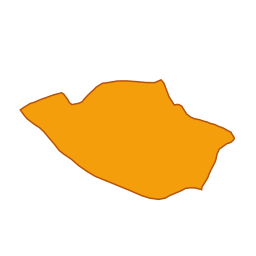 Akoko North West, Ondo, Nigeria (Mercator projection), rotated 38°
{"feature_id": "59680162B56866992006033", "entity_name": "Akoko North West", "entity_type": "district", "adm_level": 2, "iso_a3": "NGA", "parent_name": "Nigeria", "parent_adm1": "Ondo", "projection": "mercator", "projection_center": [5.79, 7.65], "detail": "fine", "context": "isolated", "style": "filled", "palette": "amber", "viewbox_px": 256, "rotation_deg": 38, "n_neighbors": 0, "source": "geoboundaries", "source_scale": "gbopen_adm2", "svg_char_len": 1484}
<svg xmlns="http://www.w3.org/2000/svg" viewBox="0 0 256 256"><g transform="rotate(38 128 128)"><path d="M124.4,69.7L121.1,75.8L118.4,77.9L114.3,81.0L108.1,85.0L106.2,86.2L97.7,91.9L90.6,97.6L85.8,102.9L84.4,104.3L82.7,106.2L80.4,108.4L77.8,115.2L77.4,119.5L76.7,122.9L76.1,127.3L75.7,132.5L75.7,135.5L74.0,138.8L69.4,144.1L66.3,144.1L63.0,142.7L56.6,140.9L54.0,141.1L52.8,142.7L49.0,147.7L46.8,151.1L46.2,152.2L44.2,155.3L44.0,155.6L41.9,158.9L39.7,162.8L38.6,165.0L35.8,168.9L34.5,172.7L34.2,173.4L34.0,174.0L33.1,176.2L32.0,180.1L37.6,181.7L42.5,182.8L48.6,182.8L53.0,182.7L58.0,182.2L63.6,182.7L71.3,184.3L72.6,184.6L79.1,185.9L87.9,188.1L93.5,188.1L96.6,187.9L102.3,187.5L102.9,187.5L106.8,187.7L112.3,188.0L121.3,187.5L123.9,187.3L131.6,186.3L132.2,186.2L166.4,176.5L173.0,174.8L181.3,172.6L183.5,171.7L188.5,169.8L196.2,165.3L200.6,160.2L202.3,155.8L208.8,144.1L210.5,140.2L213.2,137.4L217.6,134.0L222.6,131.8L224.0,131.2L222.6,129.0L222.0,122.3L221.4,117.9L220.3,114.6L219.2,110.1L218.0,103.4L217.4,100.7L216.3,97.9L214.1,93.5L213.5,90.7L212.9,88.5L213.5,86.8L214.0,84.6L215.1,81.2L215.7,79.0L216.8,77.9L217.9,75.7L218.4,73.4L218.4,71.2L217.3,70.1L212.8,68.5L211.7,67.9L209.0,68.5L205.1,69.1L202.3,69.6L199.0,70.8L194.0,71.9L192.0,72.8L190.2,73.6L186.3,74.7L182.5,76.4L179.1,77.5L174.7,79.8L170.3,80.9L165.9,80.9L162.6,79.9L159.8,78.8L157.0,77.7L153.7,78.2L152.0,79.4L150.3,81.4L141.1,78.1L128.7,70.6L124.4,69.7Z" fill="#f59e0b" stroke="#b45309" stroke-width="1.5"/></g></svg>